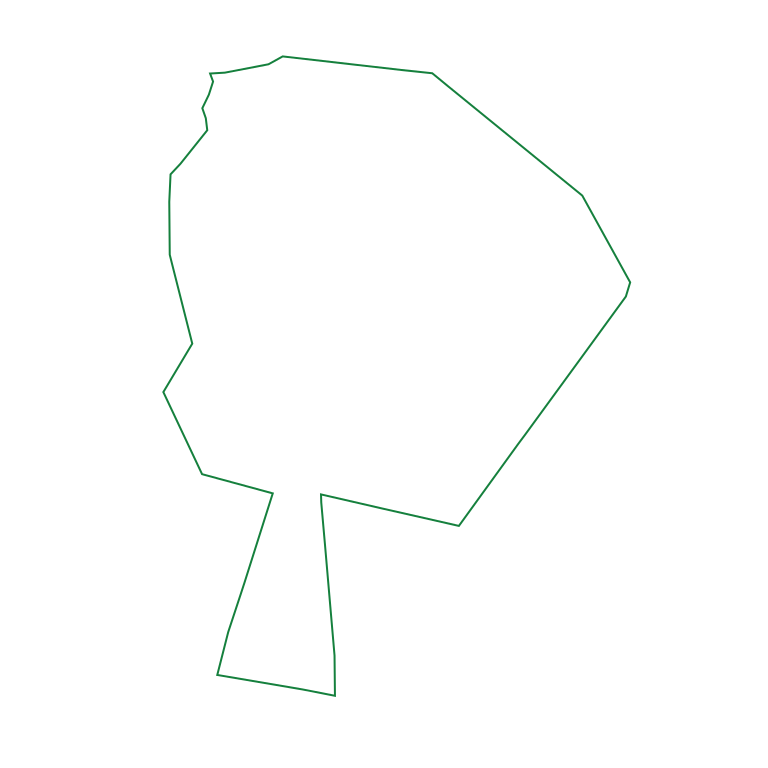 São José do Piauí, Piauí, Brazil, rotated 186°
{"feature_id": "56859067B64517443240530", "entity_name": "São José do Piauí", "entity_type": "district", "adm_level": 2, "iso_a3": "BRA", "parent_name": "Brazil", "parent_adm1": "Piauí", "projection": "natural_earth1", "projection_center": [-41.469, -6.79], "detail": "fine", "context": "isolated", "style": "outline", "palette": "green", "viewbox_px": 768, "rotation_deg": 186, "n_neighbors": 0, "source": "geoboundaries", "source_scale": "gbopen_adm2", "svg_char_len": 655}
<svg xmlns="http://www.w3.org/2000/svg" viewBox="0 0 768 768"><g transform="rotate(186 384 384)"><path d="M618.2,570.2L616.6,542.8L610.6,490.2L607.5,481.7L578.9,404.1L602.6,352.9L555.5,275.3L483.2,263.6L502.0,171.8L504.7,159.2L513.0,121.0L519.4,77.2L432.9,71.7L400.2,68.8L404.8,108.7L425.7,217.0L434.0,259.5L435.1,267.6L372.8,260.0L294.7,250.7L244.1,338.7L238.1,348.8L198.9,416.4L189.5,432.6L152.6,496.3L149.8,510.8L206.5,592.1L351.1,686.6L368.5,698.1L399.3,698.1L519.0,699.2L532.3,689.9L574.8,677.0L589.4,674.6L585.6,666.9L588.4,653.5L593.5,639.3L589.0,629.7L586.3,617.9L609.5,581.7L618.2,570.2Z" fill="none" stroke="#15803d" stroke-width="2"/></g></svg>